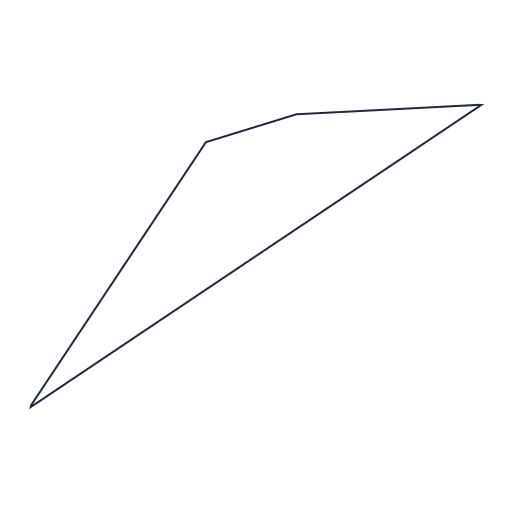 an SVG outline of Banaadir, rotated 4°
{"feature_id": "SOM-2407", "entity_name": "Banaadir", "entity_type": "Region", "adm_level": 1, "iso_a3": "SOM", "parent_name": "Somalia", "parent_adm1": "", "projection": "equal_earth", "projection_center": [45.457, 2.085], "detail": "fine", "context": "isolated", "style": "outline", "palette": "slate", "viewbox_px": 512, "rotation_deg": 4, "n_neighbors": 0, "source": "natural_earth", "source_scale": "10m", "svg_char_len": 243}
<svg xmlns="http://www.w3.org/2000/svg" viewBox="0 0 512 512"><g transform="rotate(4 256 256)"><path d="M470.2,89.6L41.8,422.4L42.1,420.5L198.1,145.9L286.4,111.8L467.4,89.7L470.2,89.6Z" fill="none" stroke="#1e293b" stroke-width="2"/></g></svg>